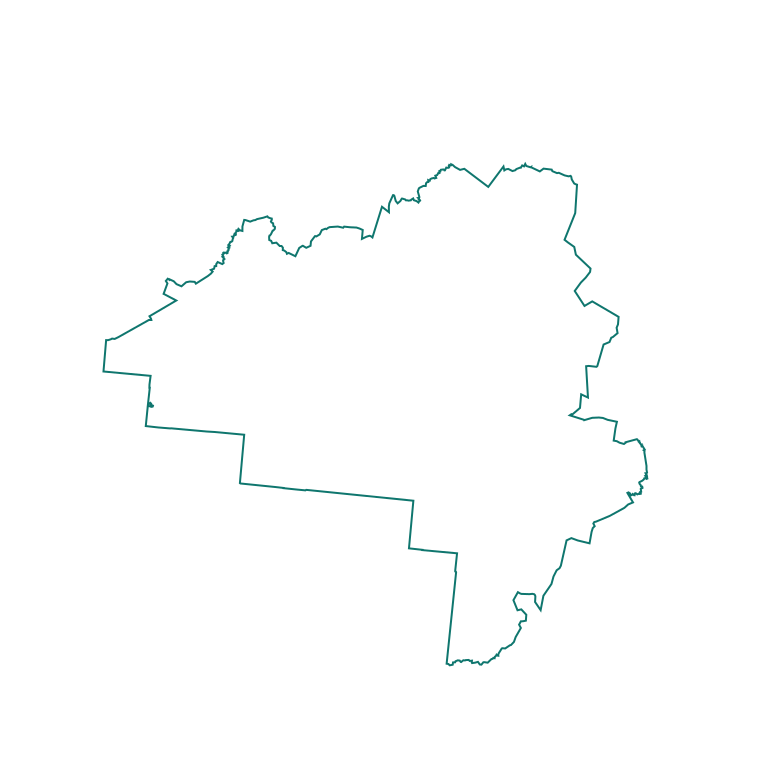 Alsungas pag., Alsungas, Latvia, rotated 286°
{"feature_id": "27541924B56000157761411", "entity_name": "Alsungas pag.", "entity_type": "district", "adm_level": 2, "iso_a3": "LVA", "parent_name": "Latvia", "parent_adm1": "Alsungas", "projection": "mercator", "projection_center": [21.563, 56.984], "detail": "fine", "context": "isolated", "style": "outline", "palette": "teal", "viewbox_px": 768, "rotation_deg": 286, "n_neighbors": 0, "source": "geoboundaries", "source_scale": "gbopen_adm2", "svg_char_len": 6154}
<svg xmlns="http://www.w3.org/2000/svg" viewBox="0 0 768 768"><g transform="rotate(286 384 384)"><path d="M380.7,140.3L355.7,115.6L353.1,112.7L352.7,110.1L351.7,109.1L350.1,106.7L349.6,104.8L318.7,110.9L327.5,157.4L318.9,158.7L315.7,159.5L315.8,159.9L298.8,162.8L301.5,164.5L300.9,165.6L299.9,165.6L299.5,167.9L298.6,167.9L298.0,167.0L297.9,166.2L298.5,165.4L298.0,164.8L297.8,163.7L297.2,163.1L277.9,166.6L280.0,179.0L282.4,190.9L282.7,191.5L289.5,226.9L291.2,234.5L296.7,263.6L249.0,272.8L248.8,273.4L255.1,308.4L256.4,316.2L256.2,316.2L258.5,329.2L260.1,337.8L260.8,338.4L279.9,444.4L232.9,453.3L235.2,466.7L234.9,466.7L241.4,500.9L223.7,504.0L223.4,504.2L223.4,504.8L222.9,505.2L132.4,521.3L132.6,523.1L131.7,524.7L133.1,527.4L135.4,527.1L136.1,529.1L137.2,529.2L138.7,531.1L139.0,533.0L138.0,534.3L138.0,534.8L140.3,536.4L140.6,538.1L141.1,538.6L142.1,541.5L141.4,542.7L142.3,544.8L140.5,545.1L140.0,545.6L141.3,548.5L142.8,550.9L140.8,553.4L141.1,555.0L143.9,556.2L144.3,557.3L144.7,560.5L149.2,563.1L149.8,564.2L150.9,564.6L150.9,565.9L152.4,565.8L153.6,566.6L154.8,566.8L154.2,568.0L154.3,568.8L155.4,568.4L156.8,568.5L162.2,570.1L162.6,570.5L163.2,573.4L167.5,577.0L168.1,578.0L171.9,580.0L177.0,580.3L187.2,582.8L189.9,580.2L193.6,581.0L194.2,582.9L195.6,585.6L201.4,584.4L205.2,578.1L203.3,574.7L211.9,568.0L220.8,570.1L220.2,572.4L220.1,573.9L222.1,581.8L223.2,584.5L223.3,586.4L222.5,587.5L221.4,588.1L216.1,589.3L209.8,596.9L224.4,595.6L237.9,600.1L245.7,600.0L252.5,601.3L255.3,603.5L258.1,604.1L284.0,602.6L287.5,606.6L287.0,613.3L287.5,625.5L299.1,624.3L303.1,624.4L305.4,625.7L307.6,623.7L309.3,624.2L310.1,625.7L319.4,637.3L331.2,649.2L335.5,651.9L338.8,656.0L346.4,648.0L347.2,648.9L346.6,650.7L346.1,651.1L345.1,650.7L344.7,651.6L345.6,652.9L346.8,653.4L346.0,655.0L346.1,655.5L347.3,655.2L348.2,655.5L348.4,656.1L348.0,656.5L348.0,657.4L347.7,657.9L348.7,659.2L348.7,660.0L349.3,661.1L349.6,661.0L349.7,659.9L350.1,659.7L350.6,659.8L351.4,660.9L353.9,659.7L354.3,659.7L355.2,661.1L356.0,660.9L356.6,660.4L356.6,659.1L357.7,658.5L358.3,657.4L359.5,656.5L360.1,656.6L362.2,658.9L364.0,660.1L365.1,660.2L365.8,661.5L365.1,662.4L365.7,663.2L367.3,662.3L367.1,661.4L367.7,660.5L368.4,661.3L367.9,661.8L368.1,662.1L369.5,661.2L369.7,660.5L370.3,660.0L370.7,661.0L371.3,661.3L374.1,659.9L377.6,658.9L389.9,653.2L391.4,652.9L391.9,651.9L392.8,652.7L395.6,649.6L395.3,649.2L396.0,649.1L395.8,648.4L396.9,648.3L396.7,647.7L397.7,646.2L398.1,646.2L398.4,645.5L398.6,645.7L399.3,645.3L398.8,644.9L400.6,642.7L400.6,642.2L394.6,632.3L394.2,632.5L392.5,631.2L392.5,626.6L393.2,623.6L392.9,620.4L405.1,618.7L411.9,618.3L411.2,608.9L411.7,603.8L411.0,599.8L408.9,593.5L404.4,586.4L404.7,586.2L405.1,571.2L406.7,572.5L406.6,573.4L415.0,579.0L428.4,576.4L427.2,583.8L456.8,573.4L457.8,575.8L459.1,583.5L460.0,584.1L482.5,584.2L486.5,589.2L491.1,589.7L492.3,591.1L497.3,594.5L502.2,592.1L505.8,592.5L513.2,591.0L520.8,561.4L514.3,555.2L526.0,541.7L535.8,545.3L541.9,548.6L548.5,551.2L551.9,550.7L561.2,532.8L568.2,529.1L570.8,521.7L572.4,517.8L601.0,520.7L628.8,514.6L628.9,512.8L629.2,511.5L632.4,508.1L634.9,506.8L635.5,506.0L634.5,504.2L634.3,500.1L635.2,493.8L634.4,492.2L635.0,487.2L636.3,486.1L635.0,478.0L631.3,475.2L632.9,465.5L633.1,465.5L632.7,465.1L632.8,460.7L634.5,459.1L631.8,458.6L632.2,456.6L629.6,455.9L629.6,455.3L627.1,452.0L625.7,451.3L624.1,448.8L625.0,444.2L624.0,442.1L622.5,440.8L626.0,438.9L602.2,429.9L613.0,401.9L610.8,398.1L612.1,392.5L613.5,389.6L613.7,388.2L613.0,388.5L612.3,387.8L612.6,386.3L611.7,386.1L610.1,386.9L609.4,386.0L609.2,384.2L606.2,383.7L606.0,383.2L606.6,382.5L606.6,381.9L605.6,379.6L604.4,379.3L604.0,378.5L603.6,378.6L603.4,379.2L603.0,378.8L602.1,379.2L601.6,378.5L601.7,378.0L599.5,377.5L598.4,375.9L596.5,377.4L595.5,375.9L595.8,375.1L594.7,373.1L593.8,372.1L592.0,371.9L592.2,370.3L590.4,370.9L589.8,369.7L588.6,369.1L585.8,369.5L585.3,367.3L582.8,364.5L581.7,363.6L578.4,363.4L573.4,366.5L573.0,366.5L572.3,365.5L571.9,366.5L571.0,366.5L570.6,368.0L570.3,368.2L569.2,367.4L567.9,367.1L568.8,364.9L568.9,362.1L570.4,360.9L568.6,359.3L568.0,359.2L567.0,357.0L567.0,355.8L566.6,354.4L567.2,353.6L567.3,350.7L567.1,350.0L564.4,349.3L561.4,347.3L563.2,344.8L567.7,342.1L568.2,341.3L568.0,340.6L559.1,339.3L555.7,339.8L550.5,341.4L553.8,333.2L521.7,332.5L522.4,330.8L522.5,329.2L520.8,326.6L517.4,322.8L526.2,321.1L526.7,317.6L526.8,314.4L525.3,308.1L524.3,302.3L523.0,301.7L522.6,296.2L519.8,288.5L518.7,287.2L517.0,286.0L517.1,284.8L514.8,281.8L510.1,281.0L507.2,278.3L507.2,277.0L506.9,276.8L500.9,274.5L496.6,275.3L493.5,271.7L494.5,267.9L494.4,267.6L491.4,265.0L482.4,263.6L483.7,256.2L482.4,254.8L483.8,253.8L484.8,251.3L484.8,249.8L487.2,249.2L488.4,247.5L487.9,245.7L490.2,241.6L488.5,237.8L490.5,236.1L490.8,234.0L493.8,233.0L495.1,233.0L495.4,233.5L497.0,234.1L500.7,234.7L500.8,235.1L502.7,236.2L503.8,236.2L505.0,235.8L505.4,234.1L507.9,233.1L508.3,231.3L509.0,230.5L511.0,230.9L512.1,230.5L512.0,229.3L512.2,226.8L513.0,225.7L510.6,222.2L507.5,216.5L506.1,215.1L505.4,213.5L503.2,210.6L503.4,205.7L503.2,204.4L496.4,204.5L492.1,205.7L492.0,203.2L493.0,201.3L491.9,201.1L491.0,201.8L490.8,201.5L491.1,200.0L491.0,199.8L490.0,200.2L487.9,199.4L487.4,200.3L486.5,200.4L486.2,200.0L486.6,198.9L484.3,198.8L483.8,197.5L482.7,198.8L481.5,198.6L479.7,198.8L478.7,198.2L478.7,197.8L477.8,196.9L476.5,196.9L474.6,196.0L474.3,196.3L474.6,197.3L474.4,197.7L472.4,196.4L472.1,197.7L471.3,197.2L470.6,197.2L470.2,197.7L468.9,197.4L468.6,197.0L468.0,197.3L467.6,196.9L466.7,197.4L466.2,196.8L466.6,195.9L466.5,195.2L466.1,194.8L466.3,194.4L466.1,193.5L465.8,193.3L464.7,193.8L463.8,193.0L462.9,193.9L461.8,193.5L461.5,194.1L461.8,194.8L460.5,195.4L460.2,196.0L459.6,195.4L459.3,195.7L458.1,195.3L456.1,196.5L454.7,195.5L455.4,190.5L453.0,189.7L451.1,190.2L450.6,188.7L448.0,188.9L445.9,186.1L444.8,188.3L442.4,187.2L439.2,184.9L428.6,175.5L430.0,173.9L429.0,169.1L427.3,165.8L422.1,162.4L422.8,157.0L424.8,153.6L425.5,149.0L425.0,149.0L425.6,147.1L422.9,145.9L421.0,148.1L409.9,147.3L407.0,161.3L384.5,139.9L382.5,142.1L381.4,142.7L380.7,140.3Z" fill="none" stroke="#0f766e" stroke-width="2"/></g></svg>